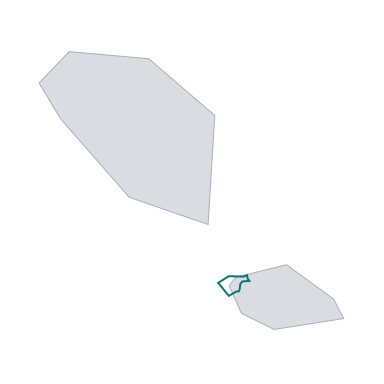 where Qala sits in Malta, rotated 184°
{"feature_id": "MLT-5980", "entity_name": "Qala", "entity_type": "state/province", "adm_level": 1, "iso_a3": "MLT", "parent_name": "Malta", "parent_adm1": "", "projection": "natural_earth1", "projection_center": [14.311, 36.036], "detail": "fine", "context": "in_parent", "style": "outline", "palette": "teal", "viewbox_px": 384, "rotation_deg": 184, "n_neighbors": 0, "source": "natural_earth", "source_scale": "10m", "svg_char_len": 576}
<svg xmlns="http://www.w3.org/2000/svg" viewBox="0 0 384 384"><g transform="rotate(184 192 192)"><path d="M352.2,290.0L324.4,323.4L244.4,321.9L174.6,269.9L173.7,160.7L254.2,182.3L327.9,255.5L352.2,290.0ZM142.3,110.1L92.6,126.0L43.3,95.1L31.8,76.4L100.6,60.6L134.2,74.4L148.4,101.2L142.3,110.1Z" fill="#d9dde1" stroke="#a8b0b8" stroke-width="1"/><path d="M148.0,91.0L159.5,103.2L149.4,110.6L134.8,111.2L131.2,112.8L130.6,109.7L128.6,107.3L135.5,106.3L137.4,103.6L137.6,98.8L138.2,96.3L141.2,95.6L144.1,93.6L148.0,91.0Z" fill="none" stroke="#0f766e" stroke-width="2"/></g></svg>